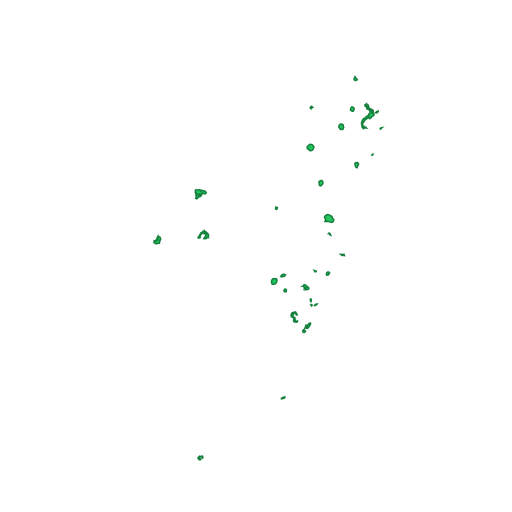 outline of Lau, Eastern, Fiji, rotated 30°
{"feature_id": "14151628B80423492752803", "entity_name": "Lau", "entity_type": "district", "adm_level": 2, "iso_a3": "FJI", "parent_name": "Fiji", "parent_adm1": "Eastern", "projection": "natural_earth1", "projection_center": [-179.094, -18.709], "detail": "fine", "context": "isolated", "style": "filled", "palette": "green", "viewbox_px": 512, "rotation_deg": 30, "n_neighbors": 0, "source": "geoboundaries", "source_scale": "gbopen_adm2", "svg_char_len": 6062}
<svg xmlns="http://www.w3.org/2000/svg" viewBox="0 0 512 512"><g transform="rotate(30 256 256)"><path d="M276.0,69.1L275.7,69.6L276.1,70.1L276.0,69.5L276.8,70.1L277.3,70.1L277.4,71.0L278.1,71.2L278.3,73.1L280.9,72.8L282.2,73.6L282.9,74.5L283.3,75.8L283.3,76.4L282.7,76.7L283.6,78.5L283.1,78.7L282.7,78.4L281.6,80.7L281.5,81.9L280.5,83.2L280.3,84.6L280.6,87.4L280.9,87.9L281.4,87.8L281.9,89.1L282.5,83.4L284.3,79.6L284.7,79.6L285.6,80.3L285.9,80.1L286.6,78.5L286.3,77.9L287.7,75.4L287.3,74.1L286.5,74.2L286.3,73.3L285.5,72.8L284.7,71.3L284.0,71.5L284.1,73.0L284.7,73.9L284.1,73.8L283.8,71.8L283.4,71.3L283.1,71.5L283.1,73.0L283.0,72.3L282.4,72.3L282.3,71.2L280.9,71.5L279.3,71.0L280.1,71.4L279.5,71.4L279.6,72.1L279.2,72.1L278.6,69.9L277.9,69.2L277.1,69.8L276.0,69.1ZM302.3,184.0L300.7,183.7L298.0,184.0L296.7,184.7L296.5,186.0L295.9,186.3L295.8,187.7L296.1,188.4L298.5,189.8L298.4,191.6L300.0,190.9L301.0,190.0L304.9,189.0L305.6,187.9L305.3,185.7L302.9,184.9L302.3,184.0ZM181.3,226.0L179.4,225.3L176.0,226.3L175.6,226.7L175.8,227.4L175.5,227.6L174.8,226.7L173.9,226.9L171.9,228.6L171.3,228.9L170.9,228.6L170.6,229.3L171.6,231.1L172.5,231.1L172.5,231.7L173.2,231.8L172.9,232.2L173.4,232.3L173.5,232.7L174.5,232.3L173.7,233.6L174.8,234.5L174.8,236.1L176.2,236.1L177.0,233.0L177.6,232.9L178.3,232.0L178.3,230.7L177.1,231.2L176.4,232.0L175.8,231.7L176.0,231.3L175.5,231.3L175.5,230.8L178.1,229.2L178.1,228.0L178.9,228.3L180.6,227.9L181.2,227.1L181.3,226.0ZM248.7,131.5L246.6,132.5L245.7,136.1L247.1,137.5L248.4,136.9L249.5,138.0L249.9,137.9L251.3,137.0L252.0,136.0L251.9,133.3L251.7,132.6L250.6,131.9L248.7,131.5ZM199.1,260.2L198.4,259.8L198.3,260.8L197.6,261.4L197.6,262.9L196.8,263.4L197.4,264.1L196.7,265.2L196.8,267.4L196.5,268.8L196.9,269.3L197.7,268.9L198.0,268.3L199.0,268.1L198.3,268.0L198.0,267.4L197.5,265.2L198.1,263.4L199.1,262.2L200.1,262.7L200.4,262.1L201.9,262.1L201.7,262.4L202.7,263.8L202.2,264.6L202.2,267.0L203.9,266.1L204.5,264.8L205.7,263.8L204.9,263.3L204.6,261.7L204.0,261.2L203.0,260.9L202.7,261.2L202.6,260.8L202.1,261.2L202.0,260.8L201.6,261.0L201.5,260.4L200.9,260.2L200.2,260.8L200.0,260.1L199.1,260.2ZM163.4,287.9L163.3,287.1L163.1,287.9L162.0,287.9L161.9,288.4L161.5,288.0L161.6,288.6L161.2,288.3L161.3,290.0L162.2,290.5L161.9,291.0L162.7,291.0L162.7,292.1L162.4,292.4L162.0,291.5L161.5,291.5L161.3,293.0L160.2,293.6L160.7,294.0L160.8,294.8L161.2,294.5L161.3,295.4L161.9,295.1L163.0,295.6L166.0,293.2L165.5,292.6L165.5,291.6L164.7,290.9L165.2,290.2L165.0,288.9L163.4,287.9ZM285.4,265.6L284.5,265.7L282.0,267.3L281.7,268.6L282.1,270.4L283.9,272.3L285.3,271.9L286.8,270.1L286.9,268.7L286.5,266.8L285.4,265.6ZM265.7,104.2L267.9,103.0L267.7,100.7L266.4,100.1L266.1,98.8L263.5,99.0L262.6,101.1L263.3,103.0L265.7,104.2ZM318.4,284.7L317.7,284.8L317.8,285.7L316.4,286.2L316.0,287.3L315.6,287.3L315.8,289.4L316.1,290.0L317.1,291.0L318.0,290.7L320.1,291.2L320.8,293.2L322.0,294.0L324.3,293.0L324.8,292.0L324.4,291.5L324.0,291.5L324.3,292.2L323.9,292.8L322.7,292.9L321.4,291.2L320.8,291.1L320.7,290.1L319.9,290.2L317.2,288.9L316.8,287.8L317.5,287.6L317.2,286.7L317.5,286.4L319.3,285.8L320.4,287.0L321.1,286.3L318.4,284.7ZM276.5,158.1L274.9,157.8L273.5,159.6L273.5,160.4L275.5,163.0L276.6,163.1L277.3,162.5L277.7,160.3L277.3,158.9L276.5,158.1ZM312.9,256.4L312.0,256.8L312.1,257.8L311.5,258.7L312.1,258.4L313.9,259.4L314.1,260.0L314.6,258.7L315.5,258.6L315.9,259.3L315.6,260.5L317.8,259.0L318.0,257.6L317.5,257.1L312.9,256.4ZM297.1,124.4L295.6,125.3L295.4,126.6L297.5,128.9L299.3,129.2L299.7,128.5L299.4,128.7L298.9,126.9L299.2,125.7L298.2,124.5L297.5,124.7L297.1,124.4ZM336.4,286.9L335.6,288.1L335.5,291.0L335.0,290.1L334.6,290.8L333.8,291.0L334.1,291.4L334.4,294.1L334.8,293.4L334.5,292.4L335.0,291.6L335.1,292.5L335.9,291.9L336.2,292.4L335.6,293.0L335.9,293.4L336.5,293.2L337.2,291.9L337.4,288.4L337.1,287.2L336.4,286.9ZM266.5,78.7L264.5,78.8L264.2,80.6L264.8,82.4L267.1,82.6L268.0,81.6L267.6,80.7L267.6,79.7L266.5,78.7ZM291.0,257.7L290.4,257.5L288.4,258.4L287.8,259.7L287.7,261.3L288.4,261.3L290.1,260.1L290.8,259.2L291.0,257.7ZM254.3,54.5L255.6,52.7L252.1,51.2L252.3,53.7L253.5,54.5L254.3,54.5ZM327.7,234.4L327.1,233.6L326.7,234.1L326.2,233.9L325.8,234.7L325.6,235.8L326.7,237.3L328.3,236.0L328.2,234.1L327.7,234.4ZM308.4,459.5L307.9,458.2L308.5,457.2L307.2,457.5L306.6,459.9L308.5,460.8L309.5,460.7L309.5,459.5L308.4,459.5ZM298.4,269.8L297.5,270.3L297.4,271.9L298.1,272.5L299.1,272.6L299.9,271.9L299.9,271.3L299.2,270.1L298.4,269.8ZM334.7,296.3L334.3,295.8L334.0,296.1L333.9,297.4L334.3,297.9L335.0,298.4L335.2,297.9L336.0,298.1L336.3,297.8L336.5,296.5L335.5,296.0L334.7,296.3ZM349.5,367.0L351.4,365.2L351.8,364.2L351.4,363.6L349.8,365.2L349.2,366.7L349.5,367.0ZM332.4,211.4L331.5,210.6L328.5,212.2L330.3,212.6L331.1,211.8L332.4,211.4ZM287.7,89.9L286.6,89.6L286.1,90.3L285.2,89.8L284.8,90.7L284.4,90.5L284.9,90.3L284.5,89.9L284.2,90.5L283.9,90.3L284.3,90.8L283.9,91.1L284.7,91.8L284.4,91.0L284.8,91.1L285.2,92.0L286.6,90.4L287.7,89.9ZM229.7,98.5L229.1,98.7L228.7,100.1L229.2,100.8L230.3,100.9L230.2,99.9L230.7,99.1L230.3,99.2L229.7,98.5ZM250.5,203.5L248.8,203.6L249.4,205.5L250.6,205.3L250.5,203.5ZM289.6,69.9L289.3,69.4L288.2,70.7L287.9,72.0L288.4,72.1L289.3,71.3L289.6,69.9ZM282.6,88.8L282.0,89.1L282.3,89.2L282.3,90.0L283.5,91.3L283.8,90.9L282.6,88.8ZM325.5,265.8L324.9,265.9L324.7,266.7L325.5,266.9L326.0,268.1L326.4,268.2L326.4,267.4L325.5,265.8ZM331.8,269.7L333.0,267.4L333.0,267.0L331.5,268.3L331.4,269.7L331.8,269.7ZM309.3,456.1L309.1,457.0L310.0,457.3L310.6,458.0L310.8,457.1L310.0,456.3L309.3,456.1ZM315.7,239.8L315.8,239.0L313.6,239.4L314.9,240.2L315.7,239.8ZM308.8,199.5L307.7,199.6L307.6,200.3L308.2,199.9L309.6,200.8L310.3,200.7L308.8,199.5ZM300.3,84.0L301.0,81.9L299.8,83.0L300.0,83.9L300.3,84.0ZM329.0,270.3L327.9,270.4L327.8,271.0L329.2,271.4L329.0,270.3ZM275.2,70.2L275.0,69.4L274.8,70.8L275.4,71.3L275.7,70.5L275.5,69.5L275.2,70.2ZM306.5,109.3L305.8,109.9L305.9,110.7L306.3,110.5L306.6,109.6L306.5,109.3ZM277.8,71.8L276.4,71.3L276.5,71.6L277.3,72.0L277.8,71.8Z" fill="#22c55e" stroke="#15803d" stroke-width="1.5"/></g></svg>